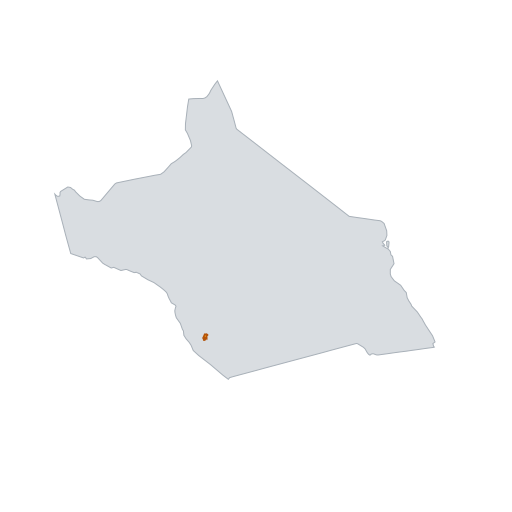 Khwisero, Western, Kenya shown in context, rotated 308°
{"feature_id": "3690345B3814928417926", "entity_name": "Khwisero", "entity_type": "district", "adm_level": 2, "iso_a3": "KEN", "parent_name": "Kenya", "parent_adm1": "Western", "projection": "equal_earth", "projection_center": [34.567, 0.147], "detail": "fine", "context": "in_parent", "style": "filled", "palette": "amber", "viewbox_px": 512, "rotation_deg": 308, "n_neighbors": 0, "source": "geoboundaries", "source_scale": "gbopen_adm2", "svg_char_len": 4337}
<svg xmlns="http://www.w3.org/2000/svg" viewBox="0 0 512 512"><g transform="rotate(308 256 256)"><path d="M141.8,310.1L141.7,303.5L142.4,286.8L142.3,272.1L142.9,264.7L145.6,260.0L146.8,256.6L147.7,251.9L149.1,248.0L152.3,244.9L152.9,243.2L156.3,237.9L158.3,231.2L159.9,228.9L161.8,226.7L163.1,225.6L165.4,224.5L167.1,223.9L167.4,223.3L167.6,222.3L167.0,218.1L167.7,216.7L168.9,213.9L170.3,211.3L171.5,209.6L172.2,207.9L172.5,205.0L172.6,202.9L172.6,199.5L172.2,191.8L170.7,185.3L169.8,178.0L170.5,175.7L169.4,171.4L168.8,171.2L167.9,170.2L166.7,166.2L165.8,162.6L165.3,161.7L161.4,158.5L159.5,150.9L157.4,149.3L156.2,141.8L156.0,139.6L157.2,132.2L157.1,130.5L155.8,128.9L152.2,127.3L149.3,124.2L149.7,123.1L149.9,122.0L148.3,121.3L143.9,108.5L149.6,100.8L155.4,93.0L162.9,83.2L169.7,74.2L175.6,66.4L180.9,59.4L180.7,60.8L180.7,62.5L181.4,63.6L182.5,64.4L184.0,63.6L185.3,62.5L186.6,62.3L194.5,65.2L195.8,67.7L195.7,70.4L196.1,72.4L195.5,74.3L194.8,80.3L195.0,85.8L197.4,89.9L199.5,93.1L201.2,97.5L202.4,98.9L204.2,99.6L209.6,99.8L217.6,100.1L225.4,100.4L226.1,100.5L227.7,101.1L234.9,107.2L241.4,112.7L246.9,117.5L252.3,122.2L257.5,126.7L261.6,130.5L265.6,131.7L272.1,132.2L276.5,132.4L280.7,134.0L286.8,135.5L291.4,136.2L294.2,137.1L301.9,138.0L303.2,137.5L306.6,133.3L310.4,126.5L311.9,122.7L316.8,119.0L325.4,113.8L331.5,110.1L338.3,106.4L341.3,109.6L345.6,114.8L347.5,117.3L349.0,118.4L351.3,119.2L354.2,119.2L355.7,119.1L358.8,118.4L366.1,117.8L370.3,117.8L366.8,124.6L362.6,132.8L354.9,147.8L349.0,155.7L344.5,161.6L344.1,162.7L344.1,169.4L344.2,185.6L344.3,218.2L344.5,250.7L344.6,283.3L344.6,299.6L344.6,305.0L348.5,311.9L352.4,318.6L357.4,327.4L360.2,332.1L360.6,333.7L360.5,336.9L356.3,343.5L352.8,346.5L348.2,348.0L346.9,347.7L345.0,346.8L344.3,348.3L343.8,350.8L342.8,350.3L342.0,349.6L342.5,354.0L342.9,356.1L342.2,359.1L340.0,361.6L339.8,363.8L334.9,369.5L328.1,370.1L324.5,372.9L322.9,375.2L321.6,380.3L322.0,388.0L320.1,394.0L319.7,396.9L316.2,400.8L314.6,404.3L313.4,407.9L312.4,409.5L311.2,417.6L309.6,422.5L309.1,424.1L308.7,425.6L307.4,428.5L306.6,430.5L306.0,431.8L301.8,444.3L298.5,450.0L295.9,449.3L294.2,451.5L294.0,452.6L293.1,452.0L291.0,449.9L286.6,445.6L282.2,441.4L277.8,437.1L273.4,432.9L269.1,428.6L264.7,424.3L260.3,420.1L255.9,415.8L253.3,413.3L252.2,411.8L251.3,408.9L250.8,408.1L249.7,407.2L248.3,407.0L247.9,406.5L247.9,405.0L248.4,403.0L250.0,399.1L250.2,396.8L249.9,394.2L249.4,390.0L248.9,389.0L246.0,386.8L239.9,382.2L233.8,377.6L227.7,373.0L221.6,368.5L215.5,363.9L209.4,359.3L203.3,354.7L197.2,350.1L191.1,345.5L185.0,340.9L178.9,336.3L172.8,331.7L166.6,327.1L160.5,322.5L154.4,317.9L148.3,313.3L146.0,311.6L143.9,310.1L141.8,310.1ZM345.0,354.8L343.9,355.1L344.5,352.9L347.6,350.1L348.9,350.7L349.2,351.4L349.1,351.9L348.6,352.5L345.0,354.8Z" fill="#d9dde1" stroke="#a8b0b8" stroke-width="1"/><path d="M158.4,265.6L158.4,265.8L158.4,266.0L158.2,266.2L158.1,266.3L157.9,266.4L157.7,266.4L157.6,266.5L157.8,266.7L158.0,266.7L158.0,266.8L158.3,266.9L158.3,267.0L158.2,267.0L158.1,267.3L158.3,267.4L158.5,267.4L158.7,267.5L158.7,267.4L158.8,267.3L158.8,267.2L159.0,266.9L158.9,266.9L158.8,266.7L159.0,266.7L159.0,266.8L159.2,266.7L159.3,266.5L159.5,266.6L159.7,266.4L159.8,266.4L159.8,266.2L160.0,266.1L160.3,266.3L160.4,266.5L160.4,266.8L160.2,266.9L160.2,267.0L160.3,267.0L160.5,267.2L160.5,267.3L160.5,267.5L160.4,267.5L160.5,267.6L160.5,267.8L160.6,267.7L160.8,267.6L161.0,267.7L161.1,267.4L161.3,267.4L161.3,267.2L161.5,266.9L161.8,266.7L162.0,266.7L162.3,266.6L162.5,266.5L162.7,266.4L162.8,266.4L162.9,266.5L163.0,266.5L163.4,266.5L163.5,266.5L163.8,266.5L163.8,266.4L164.0,266.4L164.1,266.2L164.1,265.9L164.0,265.7L164.0,265.4L163.9,265.4L164.0,265.3L164.0,265.2L163.9,265.2L163.7,265.0L163.4,265.0L163.4,264.9L163.4,264.7L163.3,264.4L163.2,264.3L163.2,264.2L162.9,263.9L162.8,263.7L162.7,263.7L162.4,263.8L162.5,264.0L162.4,264.2L162.3,264.3L162.2,264.3L162.1,264.2L161.9,264.1L161.7,264.2L161.6,264.3L161.5,264.2L161.3,264.2L161.2,264.2L160.9,264.2L160.7,264.2L160.7,264.3L160.4,264.4L160.4,264.5L160.3,264.8L160.2,264.9L160.2,265.0L159.9,264.9L159.8,264.7L159.7,264.7L159.5,264.8L159.5,265.0L159.4,265.0L159.2,264.9L159.1,264.7L158.9,264.7L158.9,264.8L158.7,264.9L158.7,265.0L158.7,265.4L158.7,265.5L158.4,265.6L158.4,265.6Z" fill="#f59e0b" stroke="#b45309" stroke-width="1.5"/></g></svg>